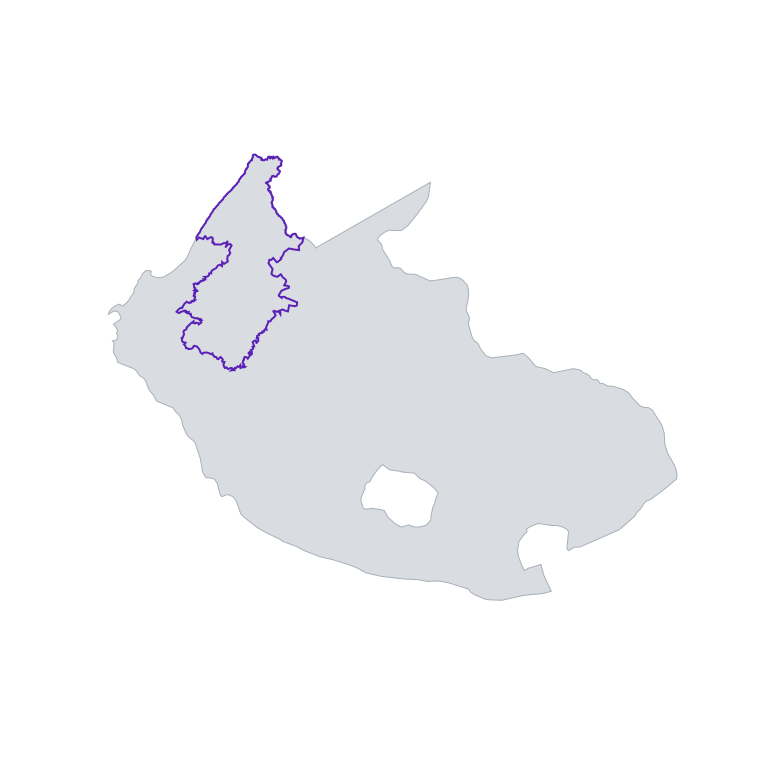 location of Namakwa, Northern Cape, South Africa, rotated 59°
{"feature_id": "47623444B2552562251298", "entity_name": "Namakwa", "entity_type": "district", "adm_level": 2, "iso_a3": "ZAF", "parent_name": "South Africa", "parent_adm1": "Northern Cape", "projection": "albers", "projection_center": [17.588, -30.489], "detail": "fine", "context": "in_parent", "style": "outline", "palette": "violet", "viewbox_px": 768, "rotation_deg": 59, "n_neighbors": 0, "source": "geoboundaries", "source_scale": "gbopen_adm2", "svg_char_len": 9828}
<svg xmlns="http://www.w3.org/2000/svg" viewBox="0 0 768 768"><g transform="rotate(59 384 384)"><path d="M544.6,167.5L562.7,167.0L570.6,169.2L579.8,174.1L588.7,176.5L604.1,176.9L609.3,178.1L613.3,179.9L616.1,182.3L618.6,197.9L620.3,214.5L619.6,219.7L619.9,221.8L623.4,229.1L624.4,233.6L626.5,237.4L629.8,255.3L630.0,258.4L624.6,300.1L621.9,304.9L621.9,311.6L619.4,312.1L605.7,301.9L603.0,301.9L598.5,304.5L594.1,309.0L591.8,313.0L583.1,323.4L581.7,330.5L581.6,336.7L584.1,337.2L585.3,341.8L588.4,349.3L594.6,354.7L600.6,357.5L609.2,359.1L616.1,359.8L616.3,355.0L619.5,342.5L630.8,345.6L647.8,347.4L645.5,355.5L636.9,373.5L630.2,394.1L623.8,404.1L620.4,408.2L611.3,414.9L606.7,417.0L603.0,417.4L587.2,431.5L581.1,438.5L575.2,449.0L570.0,454.6L561.8,466.8L548.1,484.7L537.0,496.3L532.2,499.4L529.2,500.8L520.7,507.3L508.6,518.0L499.3,527.6L485.8,538.2L478.2,542.7L466.6,552.0L463.5,553.2L450.7,561.6L441.6,566.7L427.1,572.2L421.5,573.6L408.4,570.9L402.9,571.4L398.0,575.1L397.1,580.9L395.2,581.6L383.3,578.1L378.2,578.3L375.1,581.2L372.5,584.9L365.6,584.7L353.5,579.9L339.2,576.6L335.8,576.2L328.6,578.8L326.2,579.1L316.0,578.0L310.4,575.8L304.9,575.6L300.7,576.9L295.6,577.3L281.6,587.7L274.5,587.4L268.4,588.5L257.7,586.7L254.5,587.3L251.2,589.1L243.9,589.7L241.1,591.3L228.5,601.0L223.5,599.8L217.1,599.6L209.9,594.2L207.1,594.5L207.9,592.9L208.2,590.1L205.7,587.1L202.8,587.3L201.3,584.8L197.0,584.5L193.4,585.2L192.8,576.0L191.1,575.1L186.7,574.8L184.6,575.1L183.6,576.0L182.4,578.1L182.3,584.5L180.8,582.7L179.1,578.8L178.6,574.7L179.2,569.8L182.6,568.0L181.6,561.8L176.6,551.2L173.4,548.9L171.0,543.4L168.5,541.4L167.5,537.6L165.1,534.5L164.2,529.7L165.6,526.9L167.7,525.4L169.9,527.8L172.6,526.9L176.4,523.4L178.7,518.1L178.9,509.6L178.3,504.3L175.4,490.6L173.9,487.4L167.1,477.6L159.0,464.4L148.8,443.7L143.8,431.3L136.2,406.2L129.5,392.0L121.2,378.8L120.2,378.0L121.4,376.3L125.8,373.2L127.8,372.4L128.8,372.8L129.9,371.9L130.9,369.8L131.5,365.1L133.6,360.2L135.4,358.1L139.3,356.7L142.3,358.5L143.6,360.3L144.1,362.7L145.4,363.9L147.5,363.8L149.0,365.2L149.8,368.3L149.7,370.5L148.5,371.8L148.7,373.6L150.2,375.8L151.8,380.7L159.8,383.2L164.3,383.6L168.5,384.8L172.5,387.0L179.1,387.6L188.2,386.5L195.8,387.1L201.7,389.3L205.9,389.7L208.6,388.4L209.8,386.5L209.5,384.0L210.8,382.4L213.8,381.8L216.2,379.9L218.1,376.8L222.3,374.3L228.9,372.5L232.2,372.6L235.0,240.3L246.7,249.7L249.4,254.0L254.9,266.5L260.5,281.9L261.3,289.3L261.0,290.9L254.6,300.8L254.2,305.7L254.8,311.5L256.1,314.5L257.8,315.5L262.1,314.1L268.5,315.9L280.9,315.6L287.0,316.6L288.6,316.2L290.1,315.0L291.8,311.6L293.3,310.5L299.1,309.2L301.8,307.3L306.1,300.6L318.8,291.9L320.3,289.7L329.1,268.0L331.6,265.0L335.2,263.1L342.1,261.8L346.0,262.9L350.3,265.0L355.0,268.5L361.9,274.9L364.3,275.9L371.6,276.6L375.8,280.8L389.2,284.3L393.2,284.4L397.5,282.6L404.5,283.1L412.1,282.1L416.9,278.6L427.4,255.1L428.8,249.9L429.9,248.5L437.3,246.4L446.2,245.0L448.1,244.0L454.0,237.7L461.7,232.8L468.3,214.0L471.9,209.8L474.1,208.0L475.4,208.1L477.3,207.1L479.9,204.9L482.9,203.7L486.3,203.5L488.5,202.1L489.7,199.6L491.6,198.5L494.0,198.8L495.4,198.1L495.9,196.4L501.7,192.8L502.0,191.2L505.5,187.4L512.1,181.6L518.2,178.6L523.7,178.3L533.9,176.0L537.8,173.4L540.5,169.4L544.6,167.5ZM500.2,449.1L508.8,446.7L515.4,443.1L517.5,435.4L522.8,431.0L524.9,426.7L526.9,420.7L524.8,413.9L521.1,411.6L514.6,405.4L511.9,401.3L508.0,397.7L505.4,393.6L500.4,394.3L492.6,396.7L487.6,399.1L483.4,402.0L476.1,403.8L468.7,413.9L466.3,416.1L460.5,423.4L452.7,426.6L452.5,428.0L454.4,434.5L457.2,441.1L460.4,446.5L459.9,449.7L460.9,452.3L464.0,454.3L468.8,461.2L471.3,463.5L479.4,465.8L480.6,465.5L483.2,461.9L483.7,459.2L490.0,451.4L492.6,449.1L500.2,449.1Z" fill="#d9dde1" stroke="#a8b0b8" stroke-width="1"/><path d="M242.6,534.8L244.4,534.9L246.4,532.8L247.3,534.5L247.2,535.0L249.0,534.7L251.4,535.2L251.9,534.1L253.5,533.5L254.6,530.7L254.6,529.5L253.5,527.7L253.5,526.9L254.5,526.3L255.2,525.1L258.8,524.4L262.8,525.0L264.7,524.2L264.2,522.8L265.6,519.9L267.1,518.3L268.7,517.5L269.4,516.2L269.4,515.3L270.9,515.9L272.7,515.1L273.3,515.4L274.7,513.8L276.1,514.1L277.0,513.7L277.4,513.3L276.7,510.2L278.9,509.6L280.0,509.6L280.9,510.9L281.4,511.1L282.8,509.5L283.1,510.3L283.9,510.4L284.1,511.3L286.4,512.2L287.8,512.1L288.0,511.5L288.5,511.8L288.9,510.4L290.9,509.9L291.5,506.6L293.2,505.5L293.7,507.8L294.7,505.4L295.2,504.9L294.0,504.2L293.4,503.2L294.1,502.6L293.5,500.4L294.4,499.9L294.4,499.0L293.8,497.3L294.9,497.7L295.4,498.5L296.4,498.8L296.9,496.2L296.3,495.8L297.8,495.2L297.8,494.2L297.1,494.8L295.1,493.9L293.0,494.2L291.2,492.4L291.2,491.5L289.9,490.9L289.1,489.6L290.2,488.0L292.1,487.7L290.7,484.8L290.5,483.3L289.4,484.0L287.8,484.2L287.3,482.7L289.9,482.0L290.1,481.7L288.3,480.7L286.3,480.5L286.6,479.0L286.4,478.2L285.9,477.6L284.4,477.5L284.9,475.9L280.4,475.0L280.2,473.1L280.7,471.4L282.9,472.2L283.2,472.0L282.3,469.5L279.8,468.2L279.1,469.4L277.4,467.9L277.9,466.0L276.6,465.6L276.7,463.8L277.3,462.8L277.4,461.8L276.8,461.9L276.4,461.3L277.2,459.6L276.3,459.3L275.8,458.0L277.0,456.7L275.0,456.0L273.9,454.9L272.5,452.6L270.6,450.8L271.8,449.2L270.5,446.6L270.2,443.9L269.3,441.5L264.7,441.3L264.8,440.3L267.0,438.7L267.2,436.9L270.7,436.9L269.2,435.9L267.3,436.3L267.9,432.5L270.3,430.9L272.3,428.9L267.7,424.8L271.6,420.0L271.8,418.3L269.3,416.4L261.8,421.9L259.8,423.8L258.5,424.0L257.7,424.9L256.7,427.0L257.3,427.4L254.3,428.7L253.7,428.5L251.3,424.0L251.7,420.0L252.6,416.1L251.5,415.2L250.5,415.7L248.1,418.7L245.6,414.9L244.0,414.5L240.4,415.8L236.8,416.0L237.2,420.1L235.0,422.4L233.1,423.5L231.5,423.7L228.1,420.3L221.1,420.8L218.5,418.3L219.6,416.7L218.9,414.1L224.4,413.2L224.6,411.7L223.9,407.7L222.7,407.5L222.8,406.7L221.3,403.8L219.6,402.0L218.9,395.6L222.3,391.9L225.5,387.8L221.9,386.1L220.5,381.0L217.1,377.6L216.5,380.5L215.7,381.5L213.7,382.6L212.0,382.8L210.5,382.3L209.4,382.7L208.5,385.2L209.0,386.8L209.3,387.3L210.0,387.6L210.2,388.2L209.8,388.7L208.6,388.5L207.0,390.0L205.7,390.6L203.9,390.7L203.1,390.4L202.2,389.4L201.1,389.3L200.6,387.8L198.8,386.7L196.3,386.2L193.9,386.2L192.4,385.7L191.0,386.1L189.1,386.0L188.4,386.5L186.3,386.9L185.5,387.7L184.2,387.5L182.6,388.1L180.9,387.8L180.3,387.4L177.6,387.3L177.3,387.9L176.2,387.8L175.2,388.6L174.4,387.9L173.3,387.8L171.9,387.0L170.7,387.1L169.1,384.7L168.1,383.9L167.2,383.9L166.7,383.1L166.4,383.4L163.6,382.8L162.4,382.9L161.4,382.2L160.8,382.9L159.9,382.4L159.1,383.2L158.1,383.4L157.2,383.0L157.0,381.2L156.6,380.6L155.6,380.2L154.8,380.8L153.2,380.5L150.9,381.6L150.7,381.3L150.8,379.7L151.2,379.0L151.3,376.2L150.7,375.8L149.7,376.0L149.2,373.9L148.4,373.4L148.2,372.7L148.7,371.4L149.8,371.3L150.2,371.0L150.8,369.1L149.5,367.2L149.7,366.2L148.6,364.2L148.2,363.7L147.4,363.6L146.4,364.4L145.7,364.1L144.9,364.6L144.4,364.5L143.4,362.9L143.8,360.2L143.7,359.4L141.9,358.9L141.5,358.0L140.2,356.7L138.2,357.4L137.6,358.3L136.7,357.7L136.1,358.3L134.4,358.2L133.8,359.1L134.0,359.9L134.0,361.8L133.5,362.2L132.6,361.6L132.2,361.6L132.2,362.2L133.0,363.2L131.6,363.3L131.3,363.6L132.0,364.4L132.0,365.3L131.3,365.5L130.5,365.0L129.8,365.5L129.8,366.5L131.5,368.7L130.3,369.9L130.5,371.5L130.3,372.0L129.7,372.3L128.9,373.6L128.1,373.5L127.8,372.6L127.2,372.7L125.6,373.7L124.8,374.9L121.2,376.1L120.4,377.1L120.3,378.5L122.2,379.8L123.0,381.1L124.1,381.9L123.8,383.1L124.5,384.5L124.6,385.6L125.0,385.9L125.1,387.2L127.9,389.0L128.3,390.4L128.9,390.9L128.8,391.8L129.8,393.2L132.0,395.0L131.9,395.7L132.8,398.4L132.7,399.3L133.2,400.4L133.6,400.6L134.0,402.4L135.8,404.6L136.1,406.4L136.9,407.4L137.3,409.8L138.0,411.6L137.8,412.2L138.9,413.9L139.0,415.1L139.6,416.5L139.7,418.9L140.4,420.7L140.2,421.0L141.2,423.0L141.1,423.5L141.6,425.2L142.9,427.1L142.9,428.1L143.5,429.4L144.0,432.6L144.9,433.6L145.3,435.8L146.3,438.1L146.4,439.8L147.5,441.3L149.5,445.6L150.6,447.0L150.8,448.0L151.7,449.2L151.4,450.1L152.4,451.1L152.6,452.3L154.3,454.2L154.6,455.7L155.9,458.2L156.8,460.7L159.2,463.9L159.8,466.1L160.9,467.7L161.1,468.7L161.5,469.2L163.9,470.1L163.2,467.1L166.7,464.2L165.2,461.9L165.3,461.0L168.8,460.8L168.9,457.3L169.2,456.2L170.8,455.7L171.5,456.0L174.3,458.3L175.4,457.7L175.1,457.2L175.6,457.0L176.8,457.6L177.2,457.3L180.6,451.6L180.6,449.1L181.9,446.8L180.9,444.3L182.9,446.2L185.3,449.7L184.1,446.6L184.7,443.8L186.8,443.3L189.4,447.9L192.6,448.3L193.7,450.4L193.7,452.0L195.8,453.8L198.5,454.8L198.7,459.2L196.1,459.9L199.5,462.1L197.2,463.2L196.9,465.5L198.2,468.1L198.1,472.6L198.7,474.3L200.2,475.1L199.1,476.8L200.7,478.1L200.7,479.0L201.0,479.4L200.8,480.8L199.9,482.5L200.4,482.3L201.0,482.7L202.3,483.1L201.2,484.7L202.3,484.7L202.4,485.6L201.8,486.6L202.0,487.3L201.9,488.1L201.3,488.2L201.6,489.5L202.5,491.1L202.4,491.6L201.6,491.7L201.6,492.2L202.2,492.7L200.5,494.1L200.6,495.0L200.3,495.7L203.8,497.0L204.3,496.5L204.8,496.9L205.6,496.7L205.9,498.3L208.4,495.3L207.6,499.0L208.0,499.5L208.3,499.0L209.4,499.7L209.5,500.7L210.5,501.8L211.1,501.6L211.6,500.8L212.5,501.4L213.7,502.9L214.3,503.1L214.3,504.7L214.9,503.4L215.1,504.5L213.9,505.6L214.0,506.4L214.3,506.2L214.7,506.8L214.4,507.5L214.7,507.7L214.2,508.8L214.3,509.4L211.8,510.7L212.4,513.5L214.3,517.4L214.7,517.4L214.9,517.9L214.3,518.3L214.0,520.7L215.2,524.6L217.0,523.7L217.6,523.1L217.7,520.0L218.3,518.5L218.2,517.4L219.2,516.2L219.9,517.1L221.5,516.4L220.8,515.6L221.5,515.2L221.7,514.4L222.5,515.3L223.7,514.7L224.2,513.5L225.2,513.7L225.9,514.4L227.8,514.2L231.0,511.3L231.5,509.8L232.8,509.7L233.4,508.3L234.0,507.6L235.4,507.4L234.9,508.9L237.2,508.9L237.5,512.0L236.4,511.7L234.7,513.4L234.9,514.5L233.7,515.9L232.2,515.0L232.6,518.8L233.3,520.8L233.1,521.3L233.7,522.7L233.8,523.9L235.0,524.8L235.3,525.5L235.2,527.9L236.1,529.1L238.5,529.8L239.7,531.8L240.2,532.0L240.4,533.7L240.9,533.4L242.6,534.8Z" fill="none" stroke="#5b21b6" stroke-width="2"/></g></svg>